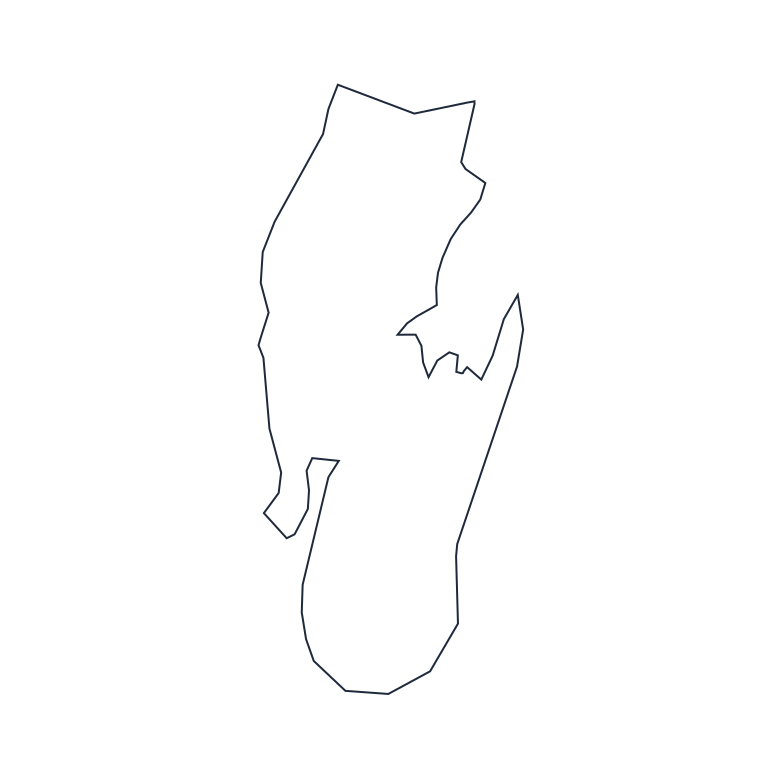 map outline of Zanzibar South and Central (Robinson projection), rotated 25°
{"feature_id": "TZA-3337", "entity_name": "Zanzibar South and Central", "entity_type": "Region", "adm_level": 1, "iso_a3": "TZA", "parent_name": "United Republic of Tanzania", "parent_adm1": "", "projection": "robinson", "projection_center": [39.422, -6.232], "detail": "fine", "context": "isolated", "style": "outline", "palette": "slate", "viewbox_px": 768, "rotation_deg": 25, "n_neighbors": 0, "source": "natural_earth", "source_scale": "10m", "svg_char_len": 1000}
<svg xmlns="http://www.w3.org/2000/svg" viewBox="0 0 768 768"><g transform="rotate(25 384 384)"><path d="M346.5,89.6L347.7,91.9L360.2,150.3L367.0,154.7L390.9,159.0L393.3,176.1L390.5,191.6L385.7,207.3L383.2,224.5L383.7,244.9L385.9,260.3L390.5,274.5L398.5,290.1L385.1,308.9L379.3,319.2L375.5,333.6L391.8,325.9L401.8,333.6L410.3,347.9L421.5,359.0L422.4,340.2L429.8,327.7L438.8,326.8L444.4,342.4L449.5,341.6L450.9,340.8L450.9,338.6L452.2,333.6L470.3,338.9L470.5,312.4L465.2,274.6L467.6,246.7L487.1,275.8L497.2,312.0L518.0,498.1L522.1,509.6L552.3,569.9L547.2,624.9L518.9,663.1L478.7,678.4L437.4,664.7L421.2,648.2L406.0,625.8L395.1,600.3L373.0,491.9L375.5,472.8L350.3,481.5L350.5,495.3L361.0,512.1L367.8,529.4L366.5,558.0L361.0,564.9L329.7,551.8L334.6,527.3L328.2,507.7L299.0,472.8L263.7,411.3L253.9,401.9L252.7,394.3L249.3,368.1L229.6,344.5L218.3,315.6L216.3,283.1L223.1,183.2L217.4,158.1L215.7,132.3L297.2,126.1L340.2,94.0L346.4,89.7L346.5,89.6Z" fill="none" stroke="#1e293b" stroke-width="2"/></g></svg>